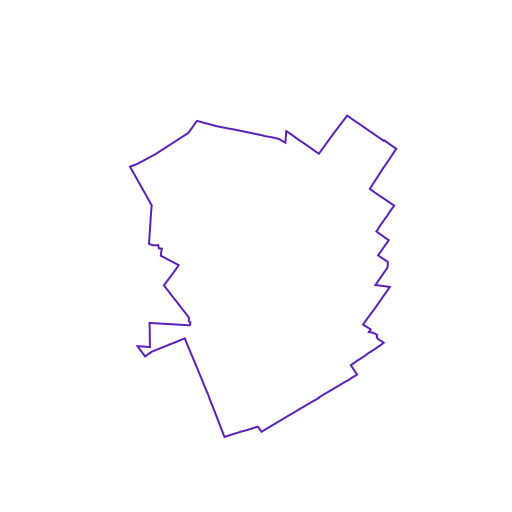 Maglavit, Dolj, Romania, rotated 34°
{"feature_id": "2599482B52050462021094", "entity_name": "Maglavit", "entity_type": "district", "adm_level": 2, "iso_a3": "ROU", "parent_name": "Romania", "parent_adm1": "Dolj", "projection": "albers", "projection_center": [23.135, 44.034], "detail": "fine", "context": "isolated", "style": "outline", "palette": "violet", "viewbox_px": 512, "rotation_deg": 34, "n_neighbors": 0, "source": "geoboundaries", "source_scale": "gbopen_adm2", "svg_char_len": 4881}
<svg xmlns="http://www.w3.org/2000/svg" viewBox="0 0 512 512"><g transform="rotate(34 256 256)"><path d="M358.8,398.7L365.5,384.5L378.0,358.0L383.7,346.1L387.3,339.0L387.5,338.5L387.2,338.3L387.4,337.9L389.9,332.3L400.2,310.6L402.2,306.8L403.9,302.4L405.5,299.3L406.1,297.8L397.4,294.2L395.7,293.5L395.8,293.1L396.3,291.9L396.7,290.9L397.1,289.9L397.6,288.6L398.1,287.2L398.4,285.9L399.0,285.1L399.3,284.3L400.0,282.8L400.7,281.0L401.5,279.4L402.0,277.9L402.4,276.7L402.9,275.5L403.2,274.4L403.5,273.6L404.6,271.2L405.6,269.0L406.6,266.6L407.9,263.2L409.9,258.1L410.4,256.6L407.7,256.5L406.6,256.6L405.2,256.6L404.0,256.5L402.9,256.4L402.2,256.1L401.7,256.0L401.5,255.2L401.1,255.0L400.8,254.7L400.7,254.4L400.6,254.1L400.6,253.7L400.2,253.7L399.3,253.7L398.0,253.9L396.7,254.1L394.6,254.7L392.9,255.5L392.2,255.9L392.1,252.7L383.1,253.0L383.1,251.1L383.2,247.2L383.9,230.5L384.0,220.7L384.0,218.0L384.1,217.2L384.1,216.3L384.1,215.5L384.2,214.6L384.2,213.7L384.2,212.9L384.2,212.1L384.2,211.2L384.2,210.3L384.2,209.5L384.2,208.6L384.2,207.7L384.3,206.9L383.5,207.2L383.2,207.3L382.8,207.5L382.3,207.8L381.9,208.0L381.4,208.2L380.9,208.5L380.4,208.7L380.0,208.9L379.4,209.2L378.9,209.4L378.4,209.7L377.9,209.9L377.4,210.2L376.9,210.4L376.4,210.7L375.9,210.9L375.4,211.2L374.9,211.4L374.4,211.7L373.9,212.0L373.3,212.2L372.8,212.5L372.3,212.8L371.8,213.0L371.2,213.3L371.5,191.8L368.7,187.3L366.8,187.2L356.8,187.2L356.8,185.7L357.0,181.5L357.0,178.7L357.1,174.5L357.2,171.2L357.1,168.7L355.6,168.7L354.5,168.7L352.1,168.6L349.9,168.5L345.7,168.5L342.1,168.3L342.2,165.8L342.0,163.4L341.9,161.8L341.9,160.1L342.0,157.8L342.1,155.7L342.1,154.6L342.1,153.1L342.1,152.0L342.3,150.6L342.3,148.3L342.3,146.7L342.1,145.6L342.2,144.3L342.2,142.9L342.3,140.0L342.4,137.0L342.1,137.0L340.6,137.0L339.1,137.0L337.6,136.9L336.0,136.9L334.4,136.9L332.8,136.9L331.2,136.9L329.5,136.9L327.8,136.9L327.4,136.9L327.0,136.9L326.6,137.0L326.2,137.0L324.2,137.0L323.5,137.0L323.0,136.9L322.4,136.9L321.9,137.0L321.3,136.9L320.8,136.9L320.2,137.0L319.9,137.0L319.7,137.0L319.4,137.0L319.2,137.0L318.9,136.9L318.6,136.9L318.3,136.9L318.2,136.9L317.1,136.9L316.2,136.8L315.9,136.8L315.5,136.8L315.2,136.8L314.8,136.8L314.5,136.8L314.1,136.8L313.8,136.8L313.4,136.8L313.1,136.7L312.9,136.7L312.7,132.4L312.6,129.5L312.6,127.2L312.5,120.3L312.4,117.7L312.3,112.0L312.4,108.3L312.4,104.5L312.4,100.3L312.3,91.8L312.3,88.6L303.9,88.6L297.3,88.4L297.3,88.5L297.3,88.8L297.3,89.1L297.0,89.1L296.4,89.1L295.9,89.1L295.3,89.1L294.6,89.1L294.0,89.1L293.4,89.0L292.7,89.0L292.1,89.0L291.5,89.0L290.9,89.0L290.2,89.0L289.6,89.0L289.0,89.0L288.3,89.0L287.7,89.0L287.1,89.0L286.4,89.0L285.8,88.9L285.2,88.9L284.6,88.9L284.0,88.9L279.3,88.9L268.5,88.8L261.4,88.8L254.6,88.6L253.1,88.7L252.7,95.5L252.4,99.7L251.6,115.9L251.5,119.5L251.4,123.7L250.9,136.0L248.3,136.1L237.4,135.8L232.1,135.8L229.6,135.8L226.2,135.8L223.3,135.7L221.1,135.6L217.1,135.5L215.4,135.5L212.2,135.5L211.3,135.6L211.5,136.0L213.8,139.9L214.4,141.2L215.3,142.7L216.1,144.0L216.3,144.5L217.0,145.6L216.9,145.6L215.4,145.8L210.9,146.1L209.8,146.2L208.0,146.7L202.5,148.8L200.3,149.8L197.8,151.0L195.4,152.0L194.3,152.2L192.9,152.8L166.0,163.8L162.8,165.3L155.8,168.3L151.3,170.2L131.5,177.0L131.4,178.8L131.4,179.7L131.1,191.5L131.0,192.0L124.5,207.2L115.8,227.6L111.1,236.6L105.9,246.4L101.6,252.4L141.2,272.3L142.9,275.5L160.5,305.8L164.4,304.7L164.9,304.6L168.9,301.7L171.3,304.0L172.0,303.6L173.8,302.6L174.5,304.1L175.8,306.9L176.8,308.8L176.9,309.0L187.1,307.9L196.9,306.8L197.0,309.0L197.0,311.3L197.0,313.8L196.8,316.6L196.7,320.0L196.5,321.6L196.5,323.9L196.3,327.0L196.3,328.3L196.1,331.8L198.8,332.8L203.0,334.1L205.8,335.1L209.5,336.3L213.8,337.7L217.1,338.7L219.4,339.5L224.9,341.3L227.8,342.2L230.7,343.2L233.7,344.2L234.7,344.5L235.9,346.2L236.2,346.8L236.5,347.4L237.2,347.7L237.9,347.8L238.5,347.6L238.9,348.3L239.7,349.6L239.8,350.0L239.7,350.3L239.7,350.6L239.5,350.8L235.3,353.2L205.2,371.0L207.0,373.5L209.6,377.2L211.1,379.4L218.5,390.1L219.0,390.8L210.6,395.6L208.2,397.0L220.2,401.3L222.3,395.5L222.5,395.6L222.8,394.4L223.2,393.5L223.8,392.5L224.5,391.5L225.3,390.3L228.3,385.9L239.3,369.7L242.5,364.7L242.9,364.1L244.0,364.8L245.1,365.6L259.0,374.7L283.6,390.9L286.1,392.8L286.7,393.1L288.4,394.2L289.7,395.1L291.0,395.9L293.1,397.2L296.1,399.3L296.9,400.0L299.2,401.6L301.2,403.1L302.8,404.0L303.4,404.5L303.8,404.6L304.6,405.2L306.2,406.4L308.3,407.7L310.0,409.0L311.8,410.2L313.8,411.6L315.5,412.8L317.9,414.5L320.9,416.6L323.1,418.1L324.1,418.9L326.1,420.2L327.5,421.2L329.6,422.7L331.1,423.6L331.6,422.9L332.7,421.5L333.6,420.3L335.2,418.2L335.6,417.7L336.5,416.7L337.7,415.2L338.2,414.5L339.7,412.7L341.4,410.4L343.0,408.6L344.0,407.6L345.6,405.6L347.1,403.8L348.4,402.1L349.4,400.9L350.9,399.0L351.8,397.8L352.7,396.7L352.9,396.5L353.1,396.4L358.8,398.7Z" fill="none" stroke="#5b21b6" stroke-width="2"/></g></svg>